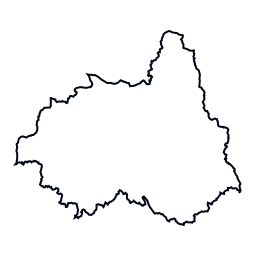 Oxapampa, Pasco, Peru (Albers equal-area conic projection)
{"feature_id": "86281439B19526712257024", "entity_name": "Oxapampa", "entity_type": "district", "adm_level": 2, "iso_a3": "PER", "parent_name": "Peru", "parent_adm1": "Pasco", "projection": "albers", "projection_center": [-75.08, -10.181], "detail": "fine", "context": "isolated", "style": "outline", "palette": "ink", "viewbox_px": 256, "rotation_deg": 0, "n_neighbors": 0, "source": "geoboundaries", "source_scale": "gbopen_adm2", "svg_char_len": 5784}
<svg xmlns="http://www.w3.org/2000/svg" viewBox="0 0 256 256"><path d="M204.5,98.7L204.0,97.0L204.5,95.7L203.8,95.1L204.6,93.1L204.1,91.2L202.1,89.1L201.4,87.6L199.5,87.1L199.1,86.2L199.5,85.1L199.8,80.0L199.4,79.3L199.9,74.8L198.9,70.7L197.5,69.2L196.4,68.6L195.5,65.4L194.9,65.0L195.1,63.7L194.4,62.7L194.5,61.6L194.0,61.1L194.2,60.3L193.8,58.9L194.5,58.3L193.9,57.9L193.4,56.4L193.9,55.9L194.3,54.0L193.9,53.6L193.7,52.0L193.9,50.5L191.8,50.7L189.0,50.4L188.2,49.5L183.4,47.9L183.4,44.3L182.4,42.7L182.3,41.4L181.0,39.3L182.3,38.1L183.0,35.9L182.6,35.2L179.0,34.6L177.2,33.2L172.0,32.3L170.3,31.3L168.5,31.1L164.9,32.9L163.4,34.6L162.7,37.0L162.0,37.9L161.7,40.4L160.6,41.5L161.1,43.3L160.9,43.9L162.5,47.8L161.8,48.6L161.0,48.6L159.9,49.3L159.9,52.3L158.6,52.1L157.7,53.1L158.8,55.0L158.6,56.5L156.5,58.4L155.7,60.1L154.1,60.2L153.0,61.4L151.8,60.8L151.3,61.6L151.8,63.5L150.4,65.1L151.1,66.6L151.3,68.7L152.0,69.0L151.9,69.4L148.4,71.1L148.3,71.7L149.0,73.2L148.0,75.2L148.6,76.1L150.2,75.5L151.3,75.8L152.1,77.2L151.1,77.9L150.7,78.7L151.0,79.9L150.7,80.4L149.4,80.4L149.5,81.6L150.1,82.2L149.5,84.0L147.3,84.2L146.4,83.7L144.1,80.7L143.4,80.4L140.7,82.3L140.7,82.9L134.4,85.7L130.0,86.2L128.9,83.0L126.4,82.8L125.3,81.9L123.5,81.8L122.5,80.8L121.3,80.8L120.6,80.3L118.0,82.7L115.8,83.6L113.6,83.8L110.6,82.9L107.3,83.0L101.8,79.8L98.1,76.8L95.0,75.0L92.5,75.2L91.0,74.6L89.3,74.9L87.8,74.5L89.2,76.3L90.0,79.7L91.9,82.8L92.3,84.7L91.4,85.9L91.4,86.3L90.7,87.1L88.4,87.3L86.4,87.9L80.2,87.1L76.2,88.1L74.7,89.5L74.9,91.2L76.4,91.9L76.8,92.7L75.6,95.0L74.8,95.1L73.4,96.7L70.8,95.8L69.8,96.5L69.2,98.3L68.1,98.5L67.4,102.7L66.5,103.1L65.2,101.8L62.2,101.4L62.1,101.1L61.2,101.7L58.4,101.5L56.9,102.1L55.4,100.5L55.4,99.5L52.2,98.7L51.2,97.9L50.7,98.1L50.9,102.8L50.6,103.7L50.9,105.5L50.0,107.5L44.4,107.8L42.3,110.1L40.9,110.5L40.3,111.4L40.3,112.4L39.5,113.3L39.7,113.8L39.3,115.8L39.0,116.3L38.4,116.4L38.6,117.4L38.2,118.3L38.6,119.9L37.3,120.9L36.8,122.9L36.9,124.5L36.6,125.2L37.4,126.8L37.2,130.2L36.1,132.6L33.2,135.1L32.0,134.9L30.6,135.9L29.6,135.6L26.2,137.5L22.7,136.4L20.9,136.9L18.8,138.8L18.0,142.6L16.6,144.2L17.2,147.2L16.4,151.0L17.2,153.3L17.2,157.8L17.0,160.2L16.6,161.0L16.8,162.5L15.4,164.3L16.5,164.1L17.6,162.7L19.7,162.3L20.8,162.7L21.9,162.2L22.6,162.9L22.2,163.8L23.4,164.5L24.7,161.9L26.0,161.6L27.2,162.4L27.7,161.8L28.3,161.9L28.7,161.2L29.8,161.3L30.9,161.6L31.5,162.3L32.2,161.5L33.4,161.5L34.0,160.8L35.0,161.4L36.0,161.1L37.6,162.4L38.4,162.4L38.3,163.4L41.4,164.5L41.9,166.5L40.4,172.5L41.2,174.1L41.3,175.6L42.5,177.0L42.0,178.2L41.2,178.8L41.2,179.8L41.7,180.4L40.7,182.0L40.8,182.8L40.0,184.3L40.2,184.9L42.2,186.3L43.3,186.5L43.6,187.3L45.2,187.2L45.9,185.9L47.3,186.2L47.7,187.0L48.8,186.0L50.2,187.4L51.1,187.0L51.6,188.6L52.8,189.7L55.3,189.1L56.0,188.1L58.2,188.7L58.4,191.1L57.1,192.9L59.2,194.2L60.6,193.5L61.9,194.4L62.0,196.8L61.2,198.5L61.2,200.2L60.5,201.6L59.3,202.1L59.4,202.7L61.5,203.9L62.2,203.5L63.0,204.1L63.6,204.2L64.0,203.7L64.6,203.9L65.6,205.1L65.9,207.0L66.5,207.1L67.2,206.6L68.0,204.2L67.9,203.3L68.4,203.0L70.2,203.2L71.6,202.7L73.1,203.6L74.5,203.1L76.9,204.2L76.8,205.5L78.0,209.6L77.5,213.8L76.1,215.5L75.1,215.6L75.3,216.7L74.9,217.7L76.8,216.6L78.2,218.1L79.0,217.0L81.1,216.2L82.2,213.3L82.1,212.3L81.2,212.1L82.3,210.1L83.4,209.5L84.4,209.8L85.8,212.1L87.9,213.2L88.7,214.6L91.4,215.0L92.8,213.6L93.9,213.3L94.7,210.9L96.0,210.0L96.6,208.2L96.5,204.8L98.3,204.2L99.7,204.9L101.6,204.9L103.5,207.0L105.5,202.4L107.7,204.6L108.3,203.2L108.8,203.1L109.7,201.8L111.2,201.7L113.9,199.6L115.4,197.5L115.7,196.4L116.7,194.9L116.6,194.2L117.8,194.2L118.8,193.5L118.5,191.9L119.7,190.2L121.0,190.7L123.0,192.8L123.5,194.1L124.8,193.8L125.4,192.9L126.6,193.7L127.1,194.7L126.9,197.8L127.2,198.9L129.7,200.9L129.7,202.3L130.3,203.0L133.2,201.5L133.7,200.7L136.1,202.9L138.7,203.7L139.3,202.8L141.9,205.5L142.9,205.7L143.4,204.8L144.4,204.8L145.4,204.2L144.8,201.4L142.6,197.8L142.9,197.0L143.9,196.5L147.4,200.7L148.7,204.7L149.9,207.0L154.6,213.5L157.1,213.1L158.1,213.6L159.1,212.9L161.7,214.4L162.6,214.1L164.0,215.9L165.9,217.3L166.9,219.8L167.8,220.9L169.3,221.4L169.6,220.0L171.3,219.2L172.4,219.4L173.4,218.5L174.0,218.5L175.3,219.1L175.6,221.1L176.8,221.6L177.8,223.2L180.5,224.3L181.4,224.2L183.7,224.9L183.8,223.3L184.3,223.4L185.3,222.3L186.7,221.6L187.7,222.3L190.7,222.3L192.1,222.7L192.4,222.0L194.6,221.2L194.3,219.1L194.8,217.0L193.9,216.1L193.8,215.5L194.3,215.0L195.0,214.3L197.1,214.4L198.2,213.4L201.7,211.4L203.0,211.8L205.7,211.2L207.5,211.4L209.1,208.2L207.7,205.0L207.9,202.7L209.4,203.5L210.0,203.4L211.0,204.3L211.4,203.6L212.2,203.7L212.3,202.5L213.9,201.0L216.6,199.9L216.5,198.6L217.3,198.5L220.3,194.4L220.4,192.6L222.5,193.7L224.1,193.9L223.9,192.5L224.9,191.2L225.8,190.5L228.1,190.2L227.9,187.9L229.7,188.0L231.2,187.3L232.6,188.5L235.5,188.2L236.9,188.7L237.3,190.0L238.2,190.0L239.4,190.9L239.4,192.2L240.0,192.8L239.8,192.3L240.6,190.6L239.6,186.7L239.6,185.1L240.4,184.0L240.3,183.3L237.7,178.8L237.3,176.7L235.7,174.4L234.0,170.6L234.7,170.1L234.5,168.7L233.1,167.8L232.7,166.8L229.8,164.0L228.5,163.8L228.4,162.8L226.7,162.4L225.9,161.1L226.0,160.0L224.9,159.3L225.0,158.7L226.1,158.4L225.7,157.8L226.4,154.8L224.9,154.2L223.7,152.2L224.9,149.2L227.0,146.7L226.5,145.9L225.3,145.7L225.1,144.5L225.9,143.4L227.4,143.2L228.3,140.8L228.2,139.3L228.7,138.1L228.1,137.4L228.5,136.3L228.4,134.7L227.3,133.0L228.3,129.8L227.8,128.7L226.3,127.7L224.6,127.3L223.8,127.6L223.2,126.9L220.8,126.9L218.5,126.0L218.0,124.4L217.8,121.5L217.2,120.7L217.0,119.2L214.9,118.6L211.7,119.9L209.8,118.7L209.0,117.5L208.5,115.9L208.8,113.8L207.9,112.7L207.3,111.0L206.0,111.2L205.4,110.9L203.5,107.6L204.2,106.9L204.4,105.3L202.8,102.3L204.5,98.7Z" fill="none" stroke="#020617" stroke-width="2"/></svg>